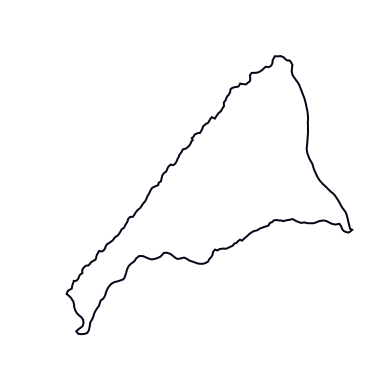 outline of Icaraí de Minas, Minas Gerais, Brazil, rotated 166°
{"feature_id": "56859067B22944648625044", "entity_name": "Icaraí de Minas", "entity_type": "district", "adm_level": 2, "iso_a3": "BRA", "parent_name": "Brazil", "parent_adm1": "Minas Gerais", "projection": "orthographic", "projection_center": [-44.889, -16.228], "detail": "fine", "context": "isolated", "style": "outline", "palette": "ink", "viewbox_px": 384, "rotation_deg": 166, "n_neighbors": 0, "source": "geoboundaries", "source_scale": "gbopen_adm2", "svg_char_len": 4144}
<svg xmlns="http://www.w3.org/2000/svg" viewBox="0 0 384 384"><g transform="rotate(166 192 192)"><path d="M296.7,157.2L297.9,155.6L299.4,154.2L300.9,151.6L302.0,149.6L303.9,149.3L307.2,148.1L310.0,145.9L313.0,146.1L315.3,144.9L317.4,142.9L318.0,139.8L320.2,139.1L321.8,137.7L323.2,135.5L325.7,133.8L328.2,134.3L329.5,132.1L330.8,130.2L332.1,127.3L334.8,126.7L336.7,125.8L338.3,123.4L336.7,121.2L335.2,118.9L334.4,116.5L333.6,114.6L333.7,111.6L334.1,108.5L333.9,105.3L333.3,103.0L332.2,100.8L330.8,98.7L329.5,96.9L328.5,94.3L329.0,91.0L330.7,88.2L332.6,87.4L334.9,86.5L338.0,84.9L336.9,82.2L334.9,81.1L332.9,80.7L330.5,80.3L327.7,80.6L325.5,82.8L323.6,86.7L322.3,90.0L320.7,91.6L319.3,93.1L317.6,95.3L316.7,97.2L314.7,99.7L312.3,102.1L310.0,103.8L308.6,106.0L307.0,108.7L303.7,110.1L301.4,112.5L300.1,114.8L298.7,116.9L296.5,119.5L294.3,121.3L291.6,122.8L288.5,123.4L286.0,123.3L283.0,123.5L280.3,123.8L278.5,124.8L277.1,126.9L275.7,129.0L274.2,131.8L272.9,133.7L271.4,135.4L268.6,137.2L266.2,138.0L264.3,139.1L262.0,141.2L258.6,142.7L254.8,141.5L252.1,139.4L249.7,137.6L247.4,136.3L243.8,136.1L241.8,136.3L238.4,136.8L236.0,138.3L234.0,139.7L230.9,139.1L228.1,137.2L226.2,135.0L224.3,132.4L222.4,130.6L218.8,130.2L215.7,130.3L213.6,128.8L211.3,126.3L208.4,124.4L205.6,122.5L203.8,121.3L201.3,120.3L198.6,119.7L195.9,119.8L193.1,120.7L191.6,122.6L189.3,124.0L187.4,125.9L186.1,128.7L183.6,130.6L181.6,129.2L179.1,129.9L175.6,129.6L172.7,128.7L169.2,129.3L165.7,130.0L163.2,131.8L161.2,131.8L159.1,133.2L157.0,134.1L155.2,132.7L153.0,134.0L151.1,135.0L148.9,136.0L146.4,137.5L144.3,138.3L141.4,139.1L137.7,139.1L135.1,140.1L132.4,140.4L129.8,140.7L127.7,140.7L125.8,141.0L124.1,143.0L121.7,143.4L119.2,144.7L116.6,144.3L114.4,143.3L112.3,142.8L110.5,141.6L107.6,141.7L104.6,141.5L100.8,141.3L98.4,139.0L95.7,136.9L93.5,135.6L90.3,135.3L87.3,133.7L84.8,133.1L82.8,132.5L80.6,132.3L77.8,132.7L75.1,133.0L71.0,132.5L68.9,131.5L66.6,129.5L63.8,127.2L60.7,125.7L56.7,125.5L55.5,122.6L55.3,119.7L54.0,117.3L52.1,115.8L50.1,114.8L47.8,115.4L45.7,116.6L47.5,118.1L47.5,120.1L47.5,124.0L47.5,128.1L47.4,130.9L47.5,133.2L47.9,135.4L48.7,137.4L50.0,140.5L50.9,143.4L51.5,146.2L52.5,149.5L53.4,152.0L54.2,154.2L55.6,156.7L57.5,159.1L59.4,162.2L60.5,164.2L61.9,166.2L63.5,168.8L64.8,171.3L65.7,173.3L66.6,176.3L67.3,179.5L67.9,182.7L68.2,185.1L68.4,190.3L69.3,193.1L70.1,196.4L70.4,199.3L70.7,201.7L70.5,204.7L70.1,206.9L69.1,209.4L68.1,212.3L67.4,214.5L66.7,216.6L65.9,218.9L64.9,222.3L64.1,225.6L63.4,228.4L62.9,231.2L61.9,234.2L61.2,237.3L60.8,239.9L60.5,242.4L60.4,244.8L60.3,247.3L60.2,250.3L60.2,253.6L60.3,256.0L60.7,259.0L61.1,262.4L61.4,265.1L61.8,267.4L62.0,269.8L62.7,272.3L63.7,274.6L64.6,277.0L65.6,279.4L66.2,282.2L66.0,285.0L65.1,287.9L63.8,291.1L64.6,294.2L65.6,296.1L67.7,296.5L69.3,298.4L70.5,300.5L73.2,302.5L76.5,303.0L78.8,303.7L80.2,302.1L81.8,300.5L82.8,297.5L84.7,295.3L87.3,294.6L90.3,295.7L92.1,294.7L94.1,293.5L96.4,292.6L99.2,292.0L102.2,292.4L105.3,293.2L107.6,291.1L108.0,287.9L108.8,285.7L110.8,284.7L113.6,283.4L116.9,284.5L119.1,285.5L121.2,283.2L123.4,283.2L125.6,283.4L127.8,283.3L129.8,282.3L130.9,279.5L133.0,277.4L134.8,276.2L136.1,274.7L137.3,272.8L139.4,271.2L140.3,267.4L142.4,265.6L144.4,263.4L147.0,262.2L149.9,259.8L152.1,257.7L154.7,259.8L156.5,258.5L158.0,256.9L159.6,255.3L162.2,254.6L165.5,252.9L167.0,250.3L168.5,248.9L169.8,247.4L172.5,247.7L175.6,247.1L177.1,245.3L179.2,244.3L178.7,242.3L180.5,241.1L181.6,239.4L183.4,237.6L185.6,236.4L187.8,235.5L190.5,235.6L192.8,233.0L195.3,231.0L196.6,229.0L198.2,227.4L199.9,225.0L201.7,223.4L204.0,222.6L206.0,223.8L208.4,222.6L210.1,220.8L212.0,218.2L215.0,216.9L216.8,215.3L218.1,212.8L219.6,209.8L222.0,209.1L223.2,206.8L225.8,206.5L229.7,205.7L232.0,203.4L234.0,200.8L236.0,199.0L237.6,196.8L239.7,194.3L242.0,192.8L243.8,191.2L246.0,189.1L249.0,187.7L251.5,185.9L253.4,183.9L255.4,182.2L258.0,182.8L260.3,181.5L261.8,178.9L264.4,176.3L266.6,173.8L269.3,172.8L270.6,171.3L272.4,169.5L274.4,167.8L277.6,166.8L280.7,164.2L284.2,162.8L287.2,161.8L289.0,160.1L290.1,158.2L291.9,156.7L293.7,156.1L296.7,157.2Z" fill="none" stroke="#020617" stroke-width="2"/></g></svg>